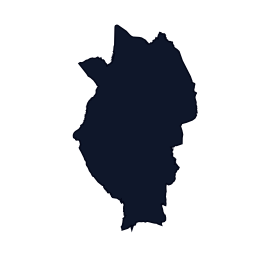 the district of Sør-Odal nor, Hedmark, Norway, rotated 14°
{"feature_id": "86288312B58904882216706", "entity_name": "Sør-Odal nor", "entity_type": "district", "adm_level": 2, "iso_a3": "NOR", "parent_name": "Norway", "parent_adm1": "Hedmark", "projection": "mercator", "projection_center": [11.753, 60.212], "detail": "fine", "context": "isolated", "style": "filled", "palette": "ink", "viewbox_px": 256, "rotation_deg": 14, "n_neighbors": 0, "source": "geoboundaries", "source_scale": "gbopen_adm2", "svg_char_len": 5742}
<svg xmlns="http://www.w3.org/2000/svg" viewBox="0 0 256 256"><g transform="rotate(14 128 128)"><path d="M185.0,203.7L184.2,203.7L182.1,201.1L180.9,198.3L179.3,195.7L178.8,194.0L178.8,193.6L179.1,193.2L179.6,193.0L180.1,193.6L180.7,192.8L181.3,193.6L181.8,193.9L183.2,194.0L183.0,192.3L182.3,190.5L181.9,188.2L180.6,185.3L180.5,184.4L180.6,184.1L180.2,182.7L180.2,180.3L179.8,179.5L179.8,179.1L179.5,178.5L178.7,175.5L178.5,173.4L178.8,172.6L181.1,173.2L182.8,172.2L183.9,171.1L184.2,169.8L185.3,168.6L185.9,166.5L185.6,165.6L185.8,165.4L184.9,163.7L185.0,162.1L184.4,160.4L185.2,159.0L185.6,156.7L186.6,155.9L187.0,154.0L186.5,153.6L185.6,153.5L185.1,152.7L184.5,152.7L184.4,152.2L183.4,151.3L182.0,151.6L182.2,151.0L181.9,150.6L182.2,150.5L182.0,150.0L182.2,149.6L181.2,148.8L181.3,148.6L181.0,148.2L181.7,148.0L181.4,147.6L181.7,146.9L181.3,146.8L180.8,146.2L178.2,145.3L177.7,144.2L176.9,143.8L177.7,143.2L177.4,142.7L177.5,142.2L177.3,141.8L176.5,141.5L176.3,140.5L176.1,140.3L176.2,140.0L176.0,139.5L176.4,139.3L176.6,138.8L176.5,137.8L175.4,138.3L175.4,137.5L174.2,136.4L176.9,135.1L177.7,133.6L179.3,133.2L184.1,130.1L182.8,124.5L182.5,121.1L180.8,117.6L178.2,113.3L178.9,112.0L178.7,111.4L179.2,110.5L183.1,108.3L188.4,104.6L190.4,102.2L191.2,99.0L190.7,98.7L190.6,98.1L190.2,97.6L190.7,96.5L191.1,96.4L190.8,96.0L190.6,95.0L189.7,93.4L189.9,92.7L189.3,91.2L189.2,90.3L188.7,89.9L188.0,88.5L187.9,87.3L187.7,86.5L186.1,83.8L185.1,81.5L185.3,81.0L185.3,79.1L185.8,78.1L185.5,77.8L185.6,77.5L182.7,76.7L182.8,75.9L182.4,75.3L182.3,74.4L182.3,72.6L182.1,71.6L182.1,69.5L181.8,68.9L179.1,68.4L178.6,67.1L175.8,62.9L164.3,49.7L158.9,41.5L156.5,40.1L153.5,39.0L152.2,37.6L152.3,37.2L151.7,37.0L151.6,36.6L151.1,36.4L151.2,36.0L150.5,35.4L150.4,34.8L150.2,34.7L150.3,34.2L150.1,34.0L149.6,34.0L148.7,34.5L148.2,34.0L146.7,34.3L145.4,33.9L145.0,33.2L143.9,33.2L143.6,32.4L142.8,32.3L142.8,31.5L142.2,31.5L142.4,31.1L142.1,31.1L142.0,30.4L141.4,30.4L141.5,29.8L141.3,29.8L141.3,29.4L141.7,28.9L140.6,28.0L139.6,28.2L139.1,28.7L138.7,28.3L137.6,28.7L137.0,28.5L136.9,27.7L135.7,27.7L135.6,28.2L135.6,29.3L135.1,30.5L135.3,31.8L135.1,32.4L135.1,33.4L135.3,34.1L133.4,33.7L133.3,35.1L132.9,36.1L131.5,37.0L131.8,37.3L131.7,37.8L131.9,38.0L131.0,39.1L130.9,39.9L130.3,40.2L129.6,40.0L129.2,40.9L127.6,41.8L127.2,41.7L127.0,41.1L126.3,40.6L125.7,40.9L125.6,40.2L125.0,39.7L124.4,40.0L124.4,39.4L123.8,38.8L119.4,37.5L117.0,37.6L111.0,38.7L109.3,38.5L107.1,37.5L102.9,34.7L93.2,31.0L92.2,31.1L91.2,31.9L91.1,33.0L95.2,51.1L95.0,51.5L95.0,52.6L95.7,56.8L95.4,57.3L96.3,58.6L96.8,58.5L96.9,59.0L96.2,59.7L96.7,59.8L96.6,60.3L96.7,60.7L96.3,60.6L96.5,60.9L96.2,61.1L96.4,61.4L95.9,61.9L96.3,62.0L96.3,62.3L96.5,62.4L96.2,62.8L96.6,62.7L96.6,62.9L96.4,63.2L96.7,63.4L96.5,63.5L96.4,64.0L96.5,64.2L96.3,64.3L96.6,64.5L96.3,65.1L96.5,65.0L96.7,65.5L96.6,65.8L96.9,66.2L96.6,66.6L96.8,66.8L96.8,67.3L96.2,68.1L96.4,68.7L95.4,69.4L95.0,70.3L93.8,71.2L93.1,72.0L92.9,72.8L92.4,72.9L92.1,71.9L91.4,71.1L90.4,70.8L89.5,69.6L88.7,69.2L88.6,68.6L87.6,68.0L86.2,68.4L85.6,68.0L84.8,66.8L84.5,67.3L84.1,67.1L83.4,67.4L83.3,67.7L82.8,67.8L81.8,66.7L81.5,66.7L79.8,68.3L77.9,68.9L76.8,68.8L74.9,69.7L73.9,70.5L73.1,71.5L71.1,72.6L69.1,74.8L67.7,75.9L65.8,76.2L64.8,77.3L75.0,85.2L76.9,87.1L79.5,87.8L83.2,89.7L86.7,92.6L87.5,93.7L89.5,94.6L88.5,97.1L88.5,98.1L88.1,98.7L88.2,99.4L88.4,99.5L88.5,100.6L88.6,101.0L88.9,101.7L88.5,103.4L87.5,105.5L87.5,106.1L87.4,106.4L86.7,107.1L86.2,107.2L85.2,108.3L85.0,109.8L84.2,110.3L83.6,111.8L83.6,112.6L83.2,112.9L83.2,113.7L82.9,114.7L83.3,115.4L83.0,115.8L83.4,116.0L83.0,116.8L83.1,117.2L82.9,117.5L83.2,117.6L83.4,118.4L83.9,118.9L83.5,119.4L83.8,120.3L83.4,121.0L84.3,121.6L84.0,122.0L84.3,122.3L83.9,122.9L84.4,123.3L84.0,124.2L84.0,125.4L83.5,125.7L83.7,126.0L83.6,126.8L83.9,127.5L84.3,129.1L84.0,129.5L84.2,129.9L84.4,131.0L83.8,131.3L84.0,131.6L83.8,132.1L84.0,132.4L84.1,133.0L83.4,134.3L83.6,135.5L82.9,135.7L81.8,136.9L81.7,137.3L82.2,138.0L80.8,141.2L78.0,144.2L77.2,145.6L76.9,146.6L76.8,147.8L77.0,148.9L77.6,150.4L78.9,150.8L79.7,150.5L79.9,150.7L79.8,151.3L80.0,151.7L80.7,152.1L82.9,151.3L84.2,152.0L85.0,153.3L86.2,155.8L86.0,156.2L85.9,157.3L85.9,158.3L85.6,158.9L86.2,159.8L88.6,162.3L92.8,167.3L93.9,169.1L95.9,170.7L96.1,171.3L96.1,171.8L96.4,172.4L96.4,173.0L96.7,173.2L96.7,173.6L97.0,174.1L99.1,176.0L101.1,178.8L103.3,180.6L104.9,182.6L105.7,183.2L107.0,183.2L107.7,184.0L112.1,187.4L117.0,189.7L117.5,189.4L118.7,189.8L118.7,190.0L118.6,190.4L118.8,190.7L118.9,191.2L120.2,192.6L121.1,192.5L121.3,192.7L121.2,193.1L122.1,193.7L122.3,194.1L123.0,193.8L123.5,194.2L123.6,195.0L123.9,195.4L124.4,195.6L125.8,195.0L126.6,195.4L127.1,195.7L127.1,196.2L127.6,196.4L127.6,196.8L128.3,196.9L128.3,197.4L128.8,198.3L129.9,199.0L134.5,198.6L137.3,199.7L138.2,199.7L138.6,198.9L138.8,199.4L138.6,199.8L138.8,200.0L138.6,200.9L138.8,201.4L139.6,201.5L139.9,202.2L140.3,201.9L140.5,201.2L141.2,201.4L141.4,201.1L142.3,202.4L142.9,202.8L142.8,203.2L143.1,203.5L143.0,204.1L143.2,204.4L143.0,205.1L143.3,206.8L143.5,207.0L143.4,207.2L143.8,208.0L143.7,208.2L144.1,208.8L143.9,209.2L144.0,210.0L145.0,210.8L145.0,211.8L145.5,212.3L145.3,213.0L145.4,213.3L146.8,213.6L146.4,214.5L146.6,214.8L146.4,215.2L146.5,215.6L146.1,215.8L146.0,216.3L145.3,216.9L145.6,217.2L146.1,221.2L146.2,224.0L145.5,225.5L146.7,227.3L147.0,228.3L152.0,225.2L154.6,221.8L155.1,221.8L154.8,222.9L156.3,225.7L156.5,222.4L156.8,220.9L158.3,220.3L158.7,217.3L159.7,216.9L160.9,216.0L164.0,215.4L165.5,214.7L167.6,214.9L168.8,213.9L169.6,213.7L175.3,213.7L177.5,213.6L178.2,213.2L180.7,213.8L184.0,214.1L183.4,213.2L183.1,211.3L185.8,209.8L186.6,208.3L186.1,206.1L185.0,203.7Z" fill="#0f172a" stroke="#020617" stroke-width="1.5"/></g></svg>